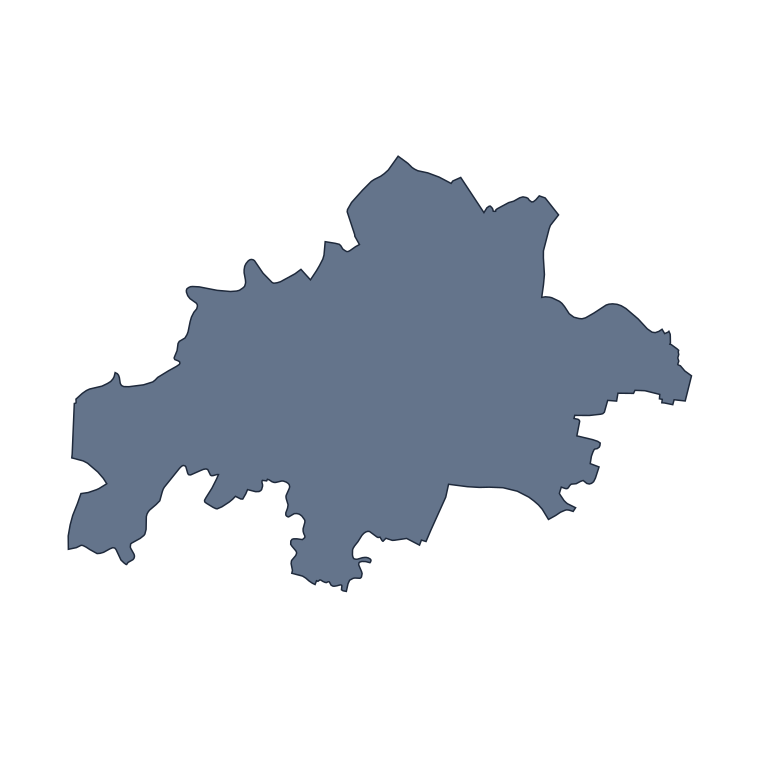 the district of Hai Duong, Hải Dương, Vietnam, rotated 191°
{"feature_id": "81297802B68427461655945", "entity_name": "Hai Duong", "entity_type": "district", "adm_level": 2, "iso_a3": "VNM", "parent_name": "Vietnam", "parent_adm1": "Hải Dương", "projection": "mercator", "projection_center": [106.339, 20.94], "detail": "fine", "context": "isolated", "style": "filled", "palette": "slate", "viewbox_px": 768, "rotation_deg": 191, "n_neighbors": 0, "source": "geoboundaries", "source_scale": "gbopen_adm2", "svg_char_len": 6162}
<svg xmlns="http://www.w3.org/2000/svg" viewBox="0 0 768 768"><g transform="rotate(191 384 384)"><path d="M121.5,490.8L124.2,488.1L127.5,486.2L130.7,486.0L136.1,488.4L147.0,496.4L161.0,504.3L166.1,506.1L170.3,506.7L174.9,506.3L178.4,505.3L181.0,503.9L191.6,493.6L198.8,487.4L202.1,485.8L205.1,485.5L210.4,485.8L215.6,488.3L221.6,494.5L224.7,497.1L227.5,498.6L235.7,500.7L238.0,500.8L242.2,500.4L245.7,499.1L246.4,512.0L247.4,522.0L251.6,538.2L252.9,545.1L251.5,567.9L250.9,571.5L244.9,583.3L261.3,597.4L267.5,598.3L270.1,593.8L272.2,591.4L273.8,590.9L276.4,592.1L278.1,593.7L279.9,594.2L283.3,594.2L286.3,592.7L291.6,588.2L296.3,585.8L306.3,577.6L307.4,576.3L307.4,574.8L309.7,574.4L310.7,576.6L311.9,577.8L313.6,578.9L314.7,578.6L316.6,576.6L318.6,571.3L348.1,601.4L355.2,596.4L356.4,593.7L369.3,597.6L381.2,599.6L391.5,599.8L394.9,600.7L397.8,601.9L402.6,605.1L413.6,610.3L420.6,594.9L423.9,590.5L426.9,587.3L432.5,583.0L435.1,580.5L442.1,570.1L450.5,556.0L453.1,548.3L453.0,546.0L441.3,525.1L440.8,523.4L434.7,516.2L438.1,513.4L442.9,508.4L444.5,507.2L445.9,506.9L447.8,507.5L450.3,508.7L452.7,511.4L454.5,512.6L458.6,512.8L468.9,512.5L467.5,499.1L467.9,494.9L470.0,487.7L471.9,482.3L476.1,472.2L487.4,480.7L492.4,475.2L505.2,464.6L508.2,463.0L511.4,461.9L513.2,462.3L523.9,469.7L534.7,480.4L536.3,481.0L537.8,481.0L539.2,480.5L540.7,479.1L542.4,476.0L543.2,473.0L543.1,469.4L542.5,466.4L539.9,459.8L539.2,457.2L539.2,455.7L539.5,453.2L540.9,451.3L543.8,448.4L546.5,447.1L552.4,445.5L565.7,444.1L583.9,444.1L590.4,443.2L592.5,442.6L594.2,441.4L595.6,439.9L595.9,438.3L595.5,436.5L593.5,433.2L590.8,430.8L583.6,427.5L582.4,426.2L582.0,424.7L582.2,422.0L584.3,418.2L585.8,412.9L586.2,408.3L586.3,397.9L586.8,394.9L588.2,391.1L593.1,386.8L593.9,384.5L593.5,377.3L595.0,369.8L594.8,369.1L594.0,368.1L590.4,367.4L588.9,366.8L588.3,365.5L588.6,364.2L591.2,361.6L598.0,355.9L607.4,347.3L609.4,344.2L611.4,341.9L619.9,337.3L633.8,332.7L638.9,331.8L641.0,332.3L642.2,333.2L643.1,334.5L645.0,339.8L646.2,341.9L647.7,343.2L650.1,343.9L650.3,339.8L651.0,337.4L652.7,334.4L655.6,331.7L660.4,328.1L672.0,322.9L674.9,320.8L678.3,317.3L683.5,310.4L682.7,307.2L682.9,306.4L684.3,305.8L676.7,255.6L676.4,251.9L664.6,251.1L659.9,249.7L648.1,243.0L641.5,237.8L637.1,233.2L643.8,227.0L646.2,225.3L653.7,221.0L660.6,218.6L662.1,208.2L664.5,195.6L665.2,185.9L665.0,174.6L662.3,161.5L654.7,164.7L650.5,167.9L648.7,168.0L645.2,167.0L641.3,165.4L633.3,162.8L630.4,163.6L627.1,165.3L621.6,169.9L619.0,171.6L617.0,171.6L615.4,170.3L608.6,161.0L605.0,158.7L602.9,157.7L602.2,157.7L601.2,160.0L597.0,163.6L596.2,165.0L596.0,166.7L596.2,167.8L596.9,169.2L601.3,174.4L601.9,175.5L602.2,178.6L601.2,179.8L593.9,185.9L590.8,189.5L590.1,191.0L589.8,195.9L592.0,208.5L591.8,211.2L591.1,213.4L590.1,215.4L584.7,222.2L581.8,226.6L581.1,235.9L580.7,238.6L580.0,240.7L568.6,262.3L567.1,264.5L566.0,265.5L565.1,265.8L563.3,265.5L562.6,264.7L559.7,259.0L558.8,257.9L558.0,257.6L556.4,257.9L547.5,264.1L544.9,265.8L542.5,266.7L540.7,266.4L537.0,261.5L536.0,261.1L534.4,261.4L530.6,263.3L529.2,263.5L530.3,258.6L533.0,249.0L537.0,238.7L537.9,235.9L537.9,235.1L537.4,234.0L535.7,233.1L528.2,230.3L525.4,229.6L524.0,229.6L519.7,232.5L513.4,238.6L510.6,242.0L508.4,245.4L502.7,243.8L500.7,244.1L498.7,249.9L497.8,254.3L489.5,253.8L486.1,254.6L484.7,255.8L484.0,257.0L483.7,260.6L484.0,262.0L485.1,264.3L485.2,265.6L485.0,266.2L480.7,266.5L480.3,268.2L478.4,268.0L475.4,266.7L473.2,266.4L471.5,266.7L465.8,269.3L464.2,269.5L461.1,269.0L459.3,268.2L457.9,267.2L457.0,265.2L457.0,263.8L458.8,255.9L458.7,254.5L458.1,252.8L455.1,247.1L455.0,243.7L455.8,238.8L455.4,236.7L454.5,235.8L452.7,235.2L451.8,235.7L447.4,239.6L444.8,240.2L442.7,240.1L441.4,239.7L439.3,238.6L436.2,235.7L435.6,234.8L435.3,233.2L435.8,226.5L435.6,225.4L435.2,223.8L434.2,221.8L432.9,220.0L432.5,219.0L432.5,218.1L434.4,215.7L440.0,215.4L443.4,214.7L444.6,214.0L445.5,212.1L445.0,208.8L443.4,207.2L438.7,203.4L437.8,202.2L437.5,201.2L437.9,198.8L440.9,193.4L441.1,192.6L440.9,189.9L438.3,183.6L438.4,180.6L427.3,179.9L423.7,178.5L420.1,176.4L416.4,174.8L413.4,174.0L412.7,178.0L411.2,177.7L409.5,179.5L408.5,179.4L406.2,178.5L403.9,178.0L402.5,178.1L401.5,179.0L400.4,179.4L399.9,179.3L397.5,176.4L395.4,175.8L393.9,176.1L391.8,176.9L388.5,178.5L387.7,178.5L387.1,178.3L386.8,177.6L386.5,173.9L384.8,173.2L381.4,173.2L381.2,181.1L380.3,184.8L377.3,187.3L375.6,188.0L370.5,188.7L369.6,189.6L369.3,190.4L369.3,193.6L370.0,195.2L374.3,201.6L374.5,203.5L373.9,204.5L371.8,205.6L368.0,206.2L363.7,205.9L363.2,207.0L363.1,208.3L363.5,209.1L364.2,209.6L366.3,210.3L368.4,210.4L369.8,210.1L372.0,209.4L376.8,206.9L378.1,206.6L380.1,206.7L381.0,207.5L381.8,208.8L382.4,210.4L383.2,215.1L383.0,216.7L382.0,219.4L379.5,224.2L376.8,231.2L375.3,233.6L373.6,235.3L371.7,236.3L369.9,236.4L361.8,232.5L360.5,232.2L358.7,232.9L356.3,230.2L355.4,229.5L354.9,229.5L352.7,232.9L346.0,232.1L344.0,232.6L332.3,236.7L318.4,232.6L317.5,237.9L312.7,237.4L310.1,249.5L301.8,284.7L301.5,297.9L282.6,299.1L270.6,300.7L261.0,302.8L247.4,304.9L232.7,304.2L220.3,300.6L214.7,297.9L209.3,294.8L204.7,291.2L196.7,282.4L190.4,287.7L186.3,291.8L182.2,294.6L180.7,295.3L178.3,295.5L174.0,295.0L172.3,299.1L181.1,301.5L182.6,302.3L185.0,303.9L190.3,309.2L191.0,310.1L190.3,316.6L186.2,316.0L185.1,316.0L183.9,316.5L183.2,317.5L182.3,319.8L181.1,321.4L176.3,322.8L172.5,325.9L170.1,327.3L166.0,325.1L163.4,325.0L161.3,326.1L159.6,328.1L158.5,331.9L157.1,343.6L166.4,345.2L166.6,352.7L165.9,357.2L165.2,359.7L164.6,360.4L162.3,361.3L160.6,363.2L160.3,364.9L160.5,367.3L163.3,368.5L168.5,369.2L184.8,369.9L184.8,384.7L185.3,385.6L186.8,386.4L190.9,386.4L190.8,389.6L176.4,392.3L165.5,395.7L163.6,396.6L162.3,398.4L161.3,410.6L152.4,411.6L152.6,419.6L137.3,422.4L136.4,425.7L126.6,427.2L111.3,426.4L110.8,422.0L107.9,422.0L107.7,418.6L105.0,418.9L96.6,418.8L96.2,423.9L85.1,424.8L83.7,450.7L91.2,454.2L96.5,458.4L98.9,458.9L99.4,459.4L99.0,462.7L100.6,465.6L100.3,469.2L101.3,471.6L101.2,473.3L103.0,474.4L109.8,477.6L111.0,477.6L110.7,479.1L112.1,485.7L112.6,487.5L114.4,490.1L115.1,489.1L118.1,487.0L121.5,490.8Z" fill="#64748b" stroke="#1e293b" stroke-width="1.5"/></g></svg>